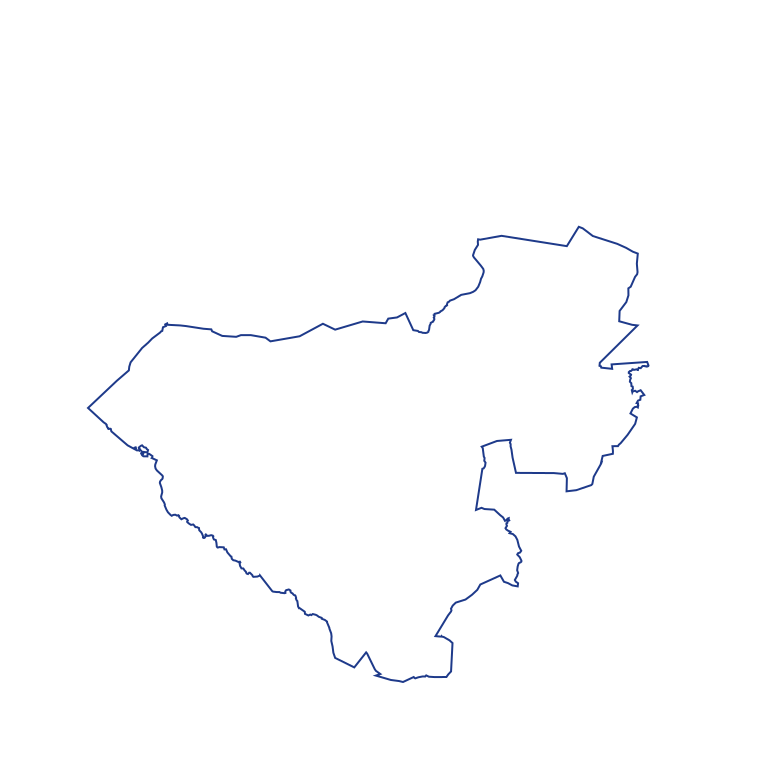 the district of Arroyo Seco, Querétaro, Mexico, rotated 305°
{"feature_id": "50627088B12767875779778", "entity_name": "Arroyo Seco", "entity_type": "district", "adm_level": 2, "iso_a3": "MEX", "parent_name": "Mexico", "parent_adm1": "Querétaro", "projection": "natural_earth1", "projection_center": [-99.653, 21.432], "detail": "fine", "context": "isolated", "style": "outline", "palette": "blue", "viewbox_px": 768, "rotation_deg": 305, "n_neighbors": 0, "source": "geoboundaries", "source_scale": "gbopen_adm2", "svg_char_len": 6166}
<svg xmlns="http://www.w3.org/2000/svg" viewBox="0 0 768 768"><g transform="rotate(305 384 384)"><path d="M152.5,441.2L151.6,442.9L152.0,443.2L152.0,449.7L150.4,451.1L151.0,454.8L152.8,455.8L153.0,457.0L154.7,457.6L155.8,460.5L156.0,461.8L155.9,464.1L156.7,467.1L156.0,467.7L156.8,470.8L156.7,473.6L156.1,474.0L152.9,479.1L152.3,479.6L149.5,483.7L147.2,485.8L143.3,488.2L139.5,492.4L134.8,496.7L131.6,501.1L134.8,522.2L153.9,523.3L153.5,524.8L145.1,540.0L144.4,541.9L144.3,547.3L140.5,544.6L145.5,559.4L149.3,566.7L150.8,570.5L161.0,576.4L160.7,577.5L160.8,578.4L163.5,580.4L166.6,583.4L168.0,585.5L169.5,585.7L170.0,588.7L173.1,593.8L179.8,603.2L183.0,603.2L187.0,603.8L211.1,588.7L211.6,584.7L211.0,578.0L210.3,576.4L210.4,576.0L210.1,576.1L208.7,573.8L207.0,570.8L231.2,569.2L236.1,569.4L237.4,569.0L238.3,567.8L241.9,567.4L246.1,568.2L254.2,574.4L258.3,575.8L261.9,577.0L268.9,578.5L275.0,577.9L293.9,589.1L290.8,595.7L292.0,599.7L292.6,604.6L294.9,609.6L297.7,608.1L297.7,605.3L298.5,603.6L303.5,603.1L304.3,602.6L306.1,602.3L307.8,599.9L311.1,598.2L313.8,597.3L314.8,597.3L316.3,598.2L317.3,598.4L318.1,597.9L320.0,594.5L320.7,591.0L322.1,590.8L324.0,592.1L326.1,592.1L328.3,587.8L332.8,582.6L334.6,579.1L335.0,575.6L333.8,572.4L335.5,572.4L335.0,569.8L335.0,567.5L335.6,566.2L338.3,566.1L339.1,564.9L340.1,564.2L340.9,564.7L342.5,563.9L344.1,564.8L344.7,563.6L345.6,563.1L344.7,562.5L342.7,562.3L341.3,561.6L343.0,558.1L343.2,554.5L344.3,546.4L339.2,538.0L338.5,534.9L333.6,531.6L371.0,513.2L372.0,514.0L373.5,514.0L374.8,513.8L377.8,512.3L378.6,510.2L381.1,508.8L381.8,507.4L388.1,501.7L388.7,500.0L402.1,509.2L411.1,520.0L408.1,520.8L407.4,522.2L405.5,523.5L403.3,526.1L397.5,531.5L386.9,543.1L408.5,574.3L413.0,582.1L414.6,583.3L411.8,587.8L400.8,595.1L407.3,602.4L420.1,611.8L421.6,612.0L428.4,609.0L443.4,607.5L444.8,607.1L444.4,606.8L450.5,604.4L458.1,611.5L460.4,610.0L464.1,606.8L467.3,611.3L468.9,611.2L471.4,611.8L482.0,612.7L495.4,612.6L501.7,610.3L501.2,602.8L506.5,602.0L508.8,602.6L510.3,604.0L510.4,605.4L512.4,604.5L512.4,604.1L513.9,603.2L513.3,601.9L516.1,601.6L518.1,603.0L521.1,601.3L524.3,603.5L526.1,597.8L523.7,596.3L522.5,595.9L522.5,593.6L520.6,592.0L519.6,592.2L521.1,590.5L522.8,590.7L524.5,589.2L524.2,587.9L526.5,586.1L526.9,584.1L528.7,583.2L530.4,582.9L530.9,580.9L532.5,581.3L533.4,581.0L533.4,578.2L534.2,577.7L535.8,578.1L536.3,578.8L538.2,579.4L538.5,579.1L538.8,579.3L538.9,580.6L541.0,582.6L540.9,583.7L541.1,584.0L542.0,583.6L543.4,583.4L544.2,585.2L547.0,585.5L548.4,587.3L548.3,587.9L549.4,589.2L549.2,589.5L550.2,590.2L550.9,590.0L553.0,586.9L530.6,559.2L527.3,562.2L522.0,552.6L522.9,551.5L522.5,550.1L525.2,548.6L577.4,558.1L574.8,553.3L570.3,540.7L579.0,535.1L590.1,535.5L596.8,533.4L602.5,529.3L605.2,530.3L615.8,528.2L619.1,528.4L621.1,527.5L627.6,522.1L636.4,517.1L635.1,511.9L634.4,504.2L632.6,494.7L625.0,470.2L625.5,457.5L624.5,453.4L601.8,454.7L572.8,395.3L557.4,380.0L556.5,378.1L554.5,379.1L551.9,381.2L545.9,381.5L540.5,383.1L540.0,383.6L539.3,385.0L536.5,395.4L535.2,399.3L533.9,400.8L532.5,401.6L528.5,402.8L525.9,403.1L522.6,404.3L517.7,405.4L513.3,405.2L510.7,404.2L507.7,402.3L501.3,396.1L493.6,392.7L490.1,390.2L488.8,390.1L487.4,389.3L485.0,390.0L484.7,390.5L483.8,390.3L483.3,389.8L481.6,389.6L481.2,389.9L480.0,389.9L477.9,389.6L475.9,388.6L475.4,388.7L473.8,388.1L470.5,385.2L469.6,385.7L468.9,385.3L468.6,385.8L468.6,386.4L467.8,386.8L466.9,386.7L466.3,387.8L465.7,388.2L464.9,388.3L464.3,388.1L463.4,388.5L460.9,387.2L459.9,387.7L458.0,387.9L454.1,389.9L452.9,390.0L452.2,390.4L451.0,390.0L449.7,388.9L448.0,386.1L447.9,385.0L446.7,382.9L446.9,381.3L444.9,377.1L454.4,360.8L446.0,356.5L440.0,350.0L434.7,350.5L423.0,330.7L400.5,312.8L398.3,299.4L374.7,287.5L353.8,266.5L354.0,260.4L347.7,247.0L342.0,238.8L337.9,235.9L330.6,223.9L328.6,213.0L329.7,211.2L325.7,204.4L317.9,188.6L315.1,183.5L308.4,172.8L309.3,171.6L307.3,170.6L306.4,172.1L303.7,170.4L300.3,171.9L299.2,171.2L297.8,171.1L288.3,168.0L282.6,167.1L274.8,165.2L256.4,164.0L252.1,165.4L248.8,167.2L233.4,163.3L194.6,155.3L191.8,176.2L191.8,179.1L191.4,180.3L191.1,180.3L189.9,182.1L189.7,183.3L189.2,183.5L189.2,184.3L190.3,185.3L190.5,185.9L188.8,187.9L186.7,209.2L187.5,216.4L188.6,216.1L189.7,216.9L189.1,217.8L187.7,217.7L187.9,219.7L189.0,221.1L189.1,222.2L190.0,222.6L190.0,222.3L190.6,221.8L190.7,220.2L191.3,219.6L193.9,220.3L195.0,221.0L194.5,223.6L195.3,225.6L194.7,226.9L194.6,228.6L192.6,229.3L191.7,228.4L190.1,225.3L189.9,226.5L188.7,226.8L188.4,225.8L188.5,224.8L187.9,224.8L186.9,226.8L186.8,228.4L189.0,231.7L191.3,230.4L192.1,231.8L192.1,235.7L190.6,236.4L190.2,236.3L191.2,241.7L186.9,242.8L185.4,243.6L183.7,245.4L182.9,247.6L181.9,254.9L181.5,255.8L179.9,256.7L178.9,256.9L177.6,256.5L175.7,256.5L174.4,257.1L171.7,260.9L169.5,263.4L168.0,264.5L164.1,265.9L162.7,267.2L160.8,271.8L159.6,273.6L158.7,274.0L156.3,277.8L155.0,280.6L154.3,284.3L154.3,285.7L155.9,286.5L157.2,288.0L157.5,290.0L158.6,290.8L158.5,291.6L158.2,291.6L157.4,293.0L157.0,295.6L159.0,296.7L160.0,297.6L160.2,300.0L159.7,301.6L158.3,301.7L158.0,302.1L157.8,304.7L157.9,306.7L159.5,308.3L159.3,309.6L158.6,311.6L159.6,313.2L159.6,314.1L159.9,315.0L158.2,316.6L157.7,319.3L157.0,320.8L155.3,323.4L154.4,323.8L154.4,324.5L155.0,325.2L155.6,325.3L156.8,325.2L158.2,324.2L158.6,324.3L158.5,325.1L158.0,326.0L159.3,327.7L161.0,329.1L161.6,330.7L161.4,331.5L160.7,331.6L160.0,332.3L159.1,333.8L159.7,335.7L157.8,337.8L154.9,340.3L154.6,341.2L154.7,341.7L155.9,342.6L158.3,346.4L157.0,348.2L158.0,349.4L156.2,352.3L154.9,357.3L155.1,358.0L153.5,359.6L153.2,361.6L154.1,363.6L154.7,366.8L155.8,367.9L155.4,368.7L154.2,368.6L152.4,370.5L151.2,373.0L152.2,374.6L151.3,376.8L151.0,378.5L150.0,380.0L150.0,380.6L150.3,381.6L152.1,381.8L152.5,382.4L151.9,385.8L151.2,386.8L151.1,387.6L153.6,390.7L155.8,392.2L156.1,392.1L150.2,411.3L150.3,412.2L152.1,415.6L153.6,417.7L153.7,419.0L155.6,422.5L156.3,423.1L157.5,422.1L159.0,422.1L161.1,423.9L161.2,425.8L160.2,426.5L159.8,427.8L160.0,429.1L159.5,430.9L159.6,431.9L159.9,432.4L159.6,433.2L158.3,434.8L157.7,434.9L156.6,436.7L156.5,437.5L152.5,441.2Z" fill="none" stroke="#1e3a8a" stroke-width="2"/></g></svg>